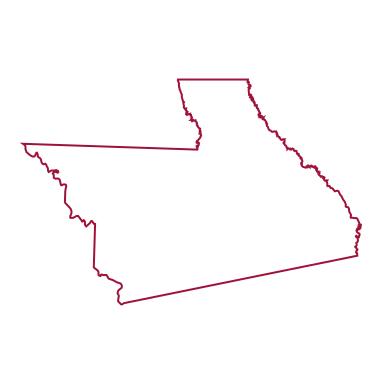 the district of Puerto Caicedo, Putumayo, Colombia
{"feature_id": "7082276B64544196905368", "entity_name": "Puerto Caicedo", "entity_type": "district", "adm_level": 2, "iso_a3": "COL", "parent_name": "Colombia", "parent_adm1": "Putumayo", "projection": "equal_earth", "projection_center": [-76.404, 0.736], "detail": "fine", "context": "isolated", "style": "outline", "palette": "rose", "viewbox_px": 384, "rotation_deg": 0, "n_neighbors": 0, "source": "geoboundaries", "source_scale": "gbopen_adm2", "svg_char_len": 5989}
<svg xmlns="http://www.w3.org/2000/svg" viewBox="0 0 384 384"><path d="M247.9,79.5L178.0,79.5L177.8,80.2L179.0,83.4L178.8,85.0L179.2,86.4L179.0,87.0L179.6,88.3L179.6,89.6L180.4,90.8L180.7,92.2L181.8,94.4L181.8,97.3L182.2,98.1L182.3,99.2L182.9,100.5L183.0,101.7L183.3,102.2L183.9,102.2L183.4,103.7L184.0,105.8L183.8,107.4L185.1,109.1L185.8,108.4L186.2,108.4L185.8,110.1L187.2,111.5L186.8,111.6L187.0,112.2L186.4,112.3L186.1,114.3L186.9,114.9L187.6,114.1L188.2,114.3L188.8,113.9L189.5,114.1L190.0,113.9L189.9,114.6L191.0,114.8L191.1,115.2L190.9,115.8L191.4,116.3L191.9,117.5L191.3,117.8L191.5,119.4L190.8,120.0L192.3,120.1L192.4,120.4L191.9,120.9L192.1,121.3L193.2,120.7L192.8,119.9L193.0,119.7L194.2,120.6L194.8,120.7L195.5,120.3L195.8,121.6L196.8,122.5L196.7,123.1L197.0,123.7L196.7,124.1L196.8,124.9L197.6,125.5L197.5,126.3L197.9,126.5L198.4,127.6L200.1,128.6L199.7,129.9L200.5,131.0L199.8,131.4L200.0,131.7L199.9,132.2L200.3,132.7L199.7,133.0L199.5,133.6L200.7,133.8L201.1,135.7L200.6,136.2L200.3,137.5L197.7,140.6L197.1,140.9L196.5,142.2L196.6,142.7L197.0,142.9L197.8,142.4L198.5,142.5L198.8,142.8L198.8,143.5L199.0,143.8L198.6,144.4L198.6,145.1L198.0,145.4L198.1,146.1L198.0,146.4L196.7,146.0L196.7,147.0L197.5,148.4L197.5,148.8L197.2,148.9L197.2,149.6L23.0,143.8L25.2,145.4L25.5,147.0L25.5,149.3L26.6,152.2L30.1,155.2L32.6,156.5L34.2,156.5L35.1,155.7L35.5,154.4L36.3,153.0L36.6,152.7L37.0,152.7L37.7,154.6L37.9,156.5L38.5,157.2L40.2,158.3L40.9,159.5L41.6,162.4L42.5,163.8L43.6,164.3L45.3,163.7L46.1,164.5L46.8,166.4L47.6,167.6L47.9,168.7L48.1,171.0L48.7,172.0L51.4,170.5L54.3,170.5L56.3,170.1L58.1,171.1L58.3,172.1L57.6,172.7L54.8,171.6L53.1,172.9L52.8,173.7L53.4,174.1L53.7,174.6L53.8,177.8L55.6,178.7L57.6,178.5L58.9,178.9L59.9,180.3L60.7,184.2L61.1,185.1L61.9,185.3L62.6,184.7L64.0,184.4L65.4,184.5L66.1,185.2L66.2,186.1L65.3,190.8L64.9,201.9L65.4,203.1L69.4,207.3L70.6,208.8L71.2,210.2L71.5,211.3L71.4,213.4L70.4,215.8L70.2,217.3L70.4,217.8L73.0,217.9L76.5,216.0L78.1,216.0L81.0,219.6L82.1,221.5L82.7,221.4L83.6,220.2L84.2,220.4L85.0,222.1L84.9,223.6L85.1,224.9L86.2,226.4L89.7,223.3L91.1,221.2L91.4,221.0L92.2,221.2L93.7,223.6L94.9,223.6L95.1,223.1L93.8,267.5L97.8,270.6L98.5,272.2L98.5,274.9L99.3,275.7L100.5,276.0L100.8,274.9L101.8,274.5L103.4,275.1L106.4,275.0L106.9,275.5L108.1,277.9L108.8,278.7L112.7,280.0L117.1,282.4L120.3,283.4L121.1,284.1L121.7,285.2L121.9,286.2L121.9,286.7L121.4,288.0L118.8,290.0L118.1,291.1L117.6,293.1L117.6,293.5L118.6,295.0L118.8,296.1L118.1,300.3L118.2,301.4L120.9,304.2L121.7,304.5L124.2,303.1L357.3,255.7L357.1,253.3L356.8,252.8L356.2,252.6L356.1,252.0L356.9,249.8L357.3,249.9L357.4,249.3L356.8,248.9L356.2,247.6L355.5,247.4L355.2,246.9L355.4,246.5L356.2,246.1L356.6,245.2L356.7,244.5L356.3,242.9L357.4,242.1L358.0,240.5L357.7,238.2L356.0,236.6L355.9,236.1L356.4,235.8L357.4,236.9L358.9,237.1L359.0,235.9L359.5,235.4L359.6,234.3L359.3,233.5L358.3,233.1L356.9,231.9L356.5,230.5L356.6,230.2L356.9,230.7L357.7,228.7L358.1,229.3L358.3,229.0L358.6,225.8L359.0,226.1L359.2,227.3L359.5,228.1L359.2,229.1L359.4,229.2L359.8,228.9L360.5,227.7L360.6,225.6L361.0,225.0L360.8,224.6L359.4,224.0L359.1,222.6L357.3,218.7L356.2,218.0L354.2,218.2L353.0,217.8L350.8,217.7L350.7,216.4L351.0,215.6L350.9,214.6L349.3,211.8L348.9,208.4L347.9,207.1L346.5,207.0L345.7,206.5L345.8,204.5L344.8,201.8L343.0,199.4L341.6,196.4L339.9,194.3L338.7,191.5L338.2,191.0L337.2,190.7L334.8,191.3L332.4,188.3L330.5,187.9L329.8,186.3L329.2,186.0L328.0,186.2L327.3,185.8L327.3,183.4L326.6,181.5L327.3,180.4L325.8,180.4L325.0,180.7L324.3,180.1L323.9,178.9L323.5,178.6L324.1,178.3L324.3,177.8L323.3,177.8L323.3,177.5L323.9,177.3L323.8,177.0L322.6,176.8L322.0,176.2L321.4,176.2L320.9,176.8L319.7,175.4L319.2,175.1L319.5,172.7L319.1,172.9L318.7,173.8L318.4,173.8L318.2,172.9L318.5,171.5L317.0,171.5L316.9,170.5L316.1,169.9L316.2,169.7L316.9,170.0L317.2,168.4L315.6,167.1L315.3,166.3L314.9,166.4L315.4,167.5L315.2,168.1L314.2,167.6L313.8,166.6L312.4,166.9L312.2,166.2L311.6,166.3L311.1,165.6L310.0,166.1L309.8,167.2L308.1,165.5L307.4,166.7L308.1,166.7L307.6,167.4L306.8,167.1L306.8,166.7L306.5,166.5L306.1,167.6L305.8,167.7L303.1,166.9L302.0,166.0L301.9,164.1L301.3,164.4L301.2,164.2L301.2,162.9L302.1,162.1L302.4,161.5L302.3,160.5L301.5,159.6L301.8,159.0L301.6,158.1L301.1,157.7L301.0,158.5L300.4,158.2L300.5,156.9L300.0,156.4L299.1,156.0L298.5,155.1L298.8,154.2L298.6,153.8L298.3,153.8L297.9,154.6L297.5,154.3L296.9,153.2L296.5,151.0L295.8,150.7L294.5,151.0L293.7,150.1L293.5,149.0L292.4,148.5L291.0,149.7L290.4,149.6L289.9,148.5L288.9,148.8L288.2,148.5L287.4,149.2L287.4,147.6L286.6,147.5L286.0,145.7L284.9,145.0L283.5,142.9L283.7,142.4L284.5,142.5L284.6,140.8L284.3,140.0L284.6,139.3L283.5,139.4L283.1,139.2L281.8,140.0L280.7,139.5L280.3,138.5L279.4,137.8L279.6,137.3L279.4,137.0L277.8,136.3L277.7,135.6L277.2,135.9L277.1,134.9L276.6,134.3L277.2,133.2L276.3,132.6L276.3,131.6L276.1,131.4L275.6,131.7L274.2,131.4L272.2,131.9L270.6,130.6L269.7,130.3L268.7,129.4L267.8,126.7L266.9,125.9L266.7,125.0L267.1,124.2L266.8,123.9L266.8,123.3L266.1,123.1L266.2,121.7L265.2,120.7L264.9,120.0L264.3,119.9L263.8,118.8L262.9,119.2L262.6,119.0L263.5,117.4L262.9,117.7L262.6,117.2L260.8,117.5L260.8,117.0L261.8,116.4L261.7,115.9L260.2,115.4L259.7,116.8L259.3,117.0L259.2,116.0L259.6,115.0L259.0,115.8L258.7,115.7L258.5,114.3L260.2,113.3L260.2,112.8L259.1,111.8L258.8,110.5L258.1,109.7L258.1,108.6L256.9,108.1L256.7,107.6L256.9,106.2L256.8,105.1L255.8,105.1L255.2,105.7L254.7,105.5L254.8,103.9L254.3,103.2L254.7,102.6L254.2,101.7L253.6,102.1L253.2,101.4L253.1,98.4L252.5,98.1L251.5,99.8L251.4,99.6L252.3,97.6L252.2,97.1L251.1,97.1L250.2,97.6L249.9,97.4L250.2,96.7L251.3,95.6L251.3,95.2L250.8,94.6L249.5,95.2L249.0,94.9L249.1,94.2L248.6,89.9L248.8,89.2L249.8,88.4L249.7,88.0L248.7,88.0L248.4,87.6L249.6,86.2L250.6,86.2L250.6,85.6L250.4,85.1L249.5,85.2L248.9,84.8L248.3,83.9L249.0,82.6L248.6,81.9L247.7,81.9L248.0,81.2L247.6,80.9L247.6,80.6L247.9,79.5Z" fill="none" stroke="#9f1239" stroke-width="2"/></svg>